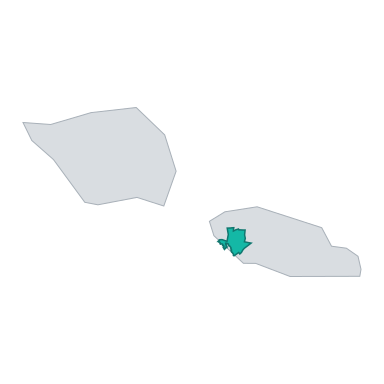 location of Lefaga & Faleseela, A'ana, Samoa
{"feature_id": "51752279B23927704068678", "entity_name": "Lefaga & Faleseela", "entity_type": "district", "adm_level": 2, "iso_a3": "WSM", "parent_name": "Samoa", "parent_adm1": "A'ana", "projection": "robinson", "projection_center": [-171.973, -13.928], "detail": "fine", "context": "in_parent", "style": "filled", "palette": "teal", "viewbox_px": 384, "rotation_deg": 0, "n_neighbors": 0, "source": "geoboundaries", "source_scale": "gbopen_adm2", "svg_char_len": 3356}
<svg xmlns="http://www.w3.org/2000/svg" viewBox="0 0 384 384"><path d="M136.2,107.5L164.7,134.9L176.1,171.2L163.8,206.0L136.9,197.4L97.9,204.8L84.8,202.3L53.5,159.6L31.8,140.5L23.0,122.5L50.7,124.5L91.1,112.6L136.2,107.5ZM359.8,276.3L290.1,276.5L255.7,263.4L243.4,263.3L213.9,235.7L209.4,221.3L224.9,211.8L257.1,206.8L321.7,227.7L331.5,246.2L346.4,248.2L358.0,256.3L361.0,269.3L359.8,276.3Z" fill="#d9dde1" stroke="#a8b0b8" stroke-width="1"/><path d="M233.8,227.7L233.5,227.7L232.1,227.8L230.3,228.0L227.2,228.1L228.3,234.5L227.0,241.3L226.4,241.1L222.1,239.6L219.9,239.7L219.8,239.8L219.7,239.8L219.2,239.9L219.2,240.2L219.3,240.4L219.3,240.5L219.3,240.8L219.2,240.9L219.1,241.0L218.8,240.9L218.7,240.9L218.3,241.1L218.3,241.3L218.2,241.4L218.3,241.4L218.4,241.7L218.6,242.0L218.9,242.1L219.1,242.0L219.4,242.0L219.7,242.1L219.8,242.2L219.9,242.4L220.0,242.5L220.3,242.9L220.2,243.3L220.2,243.6L220.0,243.8L220.3,244.1L220.6,244.2L220.8,244.2L221.0,244.1L221.4,244.0L221.5,243.9L222.0,243.9L222.3,244.0L222.5,244.1L222.6,244.3L222.6,244.6L222.6,244.9L222.6,245.2L222.8,245.1L223.0,245.2L223.3,245.3L223.4,245.5L223.6,245.5L223.7,245.8L223.8,246.1L223.7,246.1L223.6,246.3L223.7,246.6L223.6,246.8L223.4,247.2L223.2,247.2L223.2,247.3L223.3,247.3L223.5,247.6L223.5,247.8L223.7,248.1L223.8,248.2L223.9,248.3L224.0,248.3L224.0,248.6L224.3,248.5L224.7,248.6L224.8,248.7L224.8,248.8L224.8,249.0L224.9,248.9L225.0,248.8L224.9,248.8L225.0,248.6L225.1,248.4L225.2,248.2L225.3,248.2L225.5,248.3L225.6,248.1L225.8,247.8L225.9,247.5L226.1,247.4L226.2,247.5L226.3,247.4L226.5,247.3L226.7,247.2L226.9,247.3L226.9,247.2L227.0,247.2L227.0,246.9L226.9,246.9L226.7,246.9L226.6,246.7L226.4,246.6L226.4,246.3L226.4,246.2L226.5,246.1L226.4,246.0L226.3,245.9L226.3,245.6L226.4,245.4L226.3,245.2L226.2,245.1L226.1,244.9L225.9,244.8L225.9,244.6L225.7,244.4L225.7,244.2L225.6,243.8L225.6,243.7L225.6,243.3L225.6,243.2L225.8,243.1L225.9,243.3L226.2,243.4L226.3,243.5L226.2,243.7L226.3,243.9L226.5,244.0L226.7,243.8L226.8,243.8L227.0,243.7L227.1,243.4L227.4,243.5L227.5,243.5L227.8,243.6L228.0,243.7L228.1,243.8L228.0,244.0L228.4,244.2L228.4,244.5L228.3,244.8L228.6,245.0L228.8,245.4L228.9,245.6L229.0,245.5L229.3,245.7L229.4,245.8L229.6,246.0L229.8,246.2L229.9,246.3L229.9,246.2L229.9,246.3L230.0,246.3L230.1,246.5L230.4,246.9L230.5,247.1L230.6,247.3L230.8,247.5L231.0,247.9L231.1,248.1L230.9,248.3L230.8,248.5L230.9,248.8L231.0,248.9L231.0,249.0L231.1,249.4L231.2,249.5L231.3,249.6L231.2,249.9L231.1,250.0L231.3,250.1L231.2,250.2L231.1,250.3L231.2,250.6L231.3,250.7L231.4,250.9L231.3,251.0L231.5,251.2L231.6,251.4L231.6,251.5L231.6,251.9L231.6,252.0L231.9,252.2L232.0,252.4L232.3,252.5L232.4,252.8L232.5,252.9L232.6,253.0L232.8,253.2L232.9,253.3L233.0,253.4L233.1,253.6L233.3,253.9L233.3,254.0L233.4,254.4L233.4,254.6L233.3,254.9L233.3,255.2L233.4,255.3L233.5,255.5L233.6,255.8L233.7,256.0L233.7,255.9L233.9,255.9L234.4,255.5L234.7,255.4L234.8,255.3L235.1,255.1L235.6,254.7L235.9,254.5L236.1,254.3L236.6,254.0L238.7,252.5L239.8,254.0L241.0,252.9L241.4,252.5L241.5,252.4L241.9,251.6L242.0,251.4L242.3,250.9L242.9,249.9L244.3,248.3L248.4,245.2L251.1,243.1L247.9,242.5L244.4,241.8L245.3,238.4L244.6,235.0L245.1,230.0L242.9,230.0L238.8,229.8L238.7,229.5L238.5,229.0L235.8,229.8L233.4,231.0L233.5,228.6L233.7,228.3L233.8,227.7Z" fill="#14b8a6" stroke="#0f766e" stroke-width="1.5"/></svg>